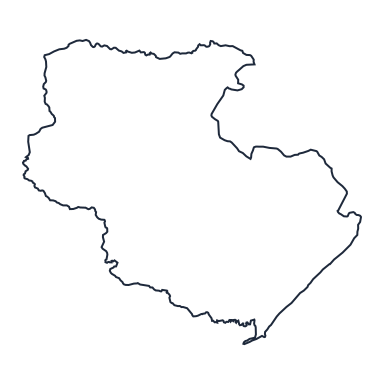 the district of Liúpo, Nampula, Mozambique
{"feature_id": "85939544B62807674730552", "entity_name": "Liúpo", "entity_type": "district", "adm_level": 2, "iso_a3": "MOZ", "parent_name": "Mozambique", "parent_adm1": "Nampula", "projection": "albers", "projection_center": [40.01, -15.693], "detail": "fine", "context": "isolated", "style": "outline", "palette": "slate", "viewbox_px": 384, "rotation_deg": 0, "n_neighbors": 0, "source": "geoboundaries", "source_scale": "gbopen_adm2", "svg_char_len": 5854}
<svg xmlns="http://www.w3.org/2000/svg" viewBox="0 0 384 384"><path d="M254.6,325.3L255.4,326.0L255.7,327.3L255.9,334.5L255.1,337.3L254.0,337.9L249.6,338.9L247.1,340.6L245.4,341.0L243.9,342.3L243.4,343.8L244.3,344.1L249.7,341.9L252.2,340.5L256.4,339.0L262.0,335.9L264.2,337.1L265.0,336.9L265.4,335.7L264.9,334.0L265.1,331.9L267.3,329.5L269.2,326.5L271.0,325.0L276.7,316.6L279.4,313.5L286.5,306.9L291.5,303.0L300.1,293.0L303.8,290.6L307.5,287.0L308.2,285.1L310.5,282.9L313.1,279.2L320.4,272.4L322.8,269.5L329.6,264.0L330.0,264.1L334.1,259.5L342.6,252.6L350.5,244.7L354.2,238.2L357.3,235.0L357.4,231.8L358.2,228.6L358.1,224.8L360.1,222.0L361.0,217.0L360.2,215.8L358.6,215.1L356.6,214.9L355.3,213.9L354.7,212.8L353.3,212.1L349.7,212.8L348.9,213.4L347.7,216.2L347.0,216.5L343.9,216.3L341.0,214.3L339.2,213.4L337.9,211.9L337.6,210.9L338.2,210.5L346.9,193.7L346.8,191.5L344.8,188.7L342.4,186.1L337.6,182.2L333.5,177.4L332.6,175.4L331.6,171.4L331.6,168.5L330.3,167.8L325.6,163.5L324.1,159.3L321.6,156.9L319.3,155.5L317.2,151.7L316.4,151.1L310.7,149.7L308.4,150.9L303.1,152.7L299.8,153.4L298.8,153.8L298.1,154.7L294.7,154.9L290.6,156.6L286.4,156.6L284.1,155.4L281.0,151.7L277.6,148.9L276.3,148.5L269.4,147.9L263.3,146.7L255.9,146.6L254.1,147.2L253.7,147.9L253.0,150.3L251.4,153.9L251.1,157.5L250.5,158.9L246.4,156.4L242.8,153.0L239.0,151.2L237.1,148.3L231.7,142.5L230.1,141.4L227.5,141.2L224.6,140.2L220.1,137.6L218.9,134.3L218.2,121.7L217.8,120.9L215.0,119.2L212.0,116.8L211.4,115.6L211.6,114.0L217.3,104.1L223.3,95.5L224.8,89.9L226.6,88.1L227.6,87.4L229.1,88.6L230.5,88.9L231.2,89.4L237.5,90.4L241.7,89.2L243.6,87.3L243.6,85.6L241.9,84.4L238.1,83.3L238.2,79.7L235.6,75.7L235.4,74.5L236.0,72.8L236.9,71.8L243.4,66.1L246.4,64.8L254.5,64.4L253.6,61.9L253.7,59.6L251.2,55.8L250.0,55.1L246.4,54.9L243.1,53.0L242.3,50.8L240.5,50.3L232.7,46.1L229.7,46.2L225.6,45.3L220.8,46.1L218.7,45.2L216.7,43.4L214.3,43.5L213.7,42.2L212.7,41.3L210.7,41.0L210.1,42.6L210.2,44.3L209.4,45.9L208.7,46.4L206.9,46.8L206.1,46.6L204.7,45.4L203.9,45.2L200.8,45.3L199.6,44.2L198.2,45.5L198.1,46.7L196.0,49.5L195.9,50.1L195.1,50.7L193.4,50.9L192.2,51.9L192.3,52.8L191.5,53.3L189.5,52.6L188.0,52.6L186.1,53.4L182.1,53.4L180.2,53.8L178.4,52.6L174.5,52.3L172.6,53.5L170.1,56.6L169.0,57.2L165.8,58.3L159.7,58.9L156.1,57.2L155.7,55.7L153.8,53.9L151.6,53.5L150.6,52.5L149.8,53.2L150.1,53.8L149.7,54.6L147.9,54.6L146.3,55.4L145.3,54.7L144.8,52.7L143.9,52.1L140.8,52.4L139.4,50.6L134.9,52.5L131.8,52.8L127.7,51.5L126.7,50.7L126.1,51.0L126.1,52.4L123.5,52.9L121.6,51.4L118.9,50.6L115.7,47.8L114.0,47.7L111.4,49.3L110.1,49.1L107.0,46.0L104.3,45.4L102.1,46.6L100.7,46.3L98.7,44.1L97.6,43.5L96.9,43.5L95.8,44.4L94.9,46.4L93.8,47.1L92.8,46.9L91.0,45.1L90.1,42.7L89.0,41.1L86.1,39.9L82.6,41.0L79.8,40.4L76.6,40.8L69.7,43.8L68.6,44.7L68.5,46.0L66.6,47.8L64.2,48.7L59.3,49.3L54.1,51.4L49.1,54.1L44.7,55.2L44.2,57.0L45.4,59.3L46.0,61.5L46.3,67.0L44.6,73.2L44.5,75.6L45.4,77.4L46.2,80.8L45.8,82.1L43.8,84.1L43.2,86.6L43.6,88.5L45.6,89.4L46.2,90.2L46.6,91.9L46.5,92.8L44.3,95.7L44.9,97.9L44.7,101.7L45.6,103.9L47.0,104.5L48.6,106.3L49.3,107.5L49.5,111.0L50.3,111.6L51.8,114.0L53.3,115.3L53.9,116.0L54.1,117.1L55.0,118.1L55.1,121.7L52.6,125.0L42.3,127.7L40.6,128.9L39.1,131.7L35.8,133.8L33.7,134.7L29.6,135.1L28.5,135.9L28.2,141.7L29.8,152.2L28.7,155.0L26.0,157.1L27.9,157.9L28.1,158.8L26.3,159.4L25.7,160.6L24.0,160.9L23.7,161.9L23.0,162.4L23.2,163.6L23.8,164.5L24.6,165.0L25.1,165.7L26.3,166.3L28.1,168.8L27.8,169.8L25.6,171.3L25.0,173.5L23.8,174.3L23.6,175.1L24.5,176.6L24.3,177.8L24.8,178.4L27.5,179.2L29.2,180.5L31.0,180.7L32.4,181.4L32.8,182.6L33.9,183.2L34.9,184.2L34.4,185.9L35.0,187.4L37.8,188.6L38.8,190.4L40.8,190.8L42.1,190.4L43.4,190.8L44.9,193.1L45.9,196.0L47.1,196.6L48.7,198.0L50.1,200.3L53.1,200.4L55.6,201.2L56.9,202.5L58.7,203.0L60.2,204.2L63.1,205.4L66.8,205.4L69.0,206.7L69.9,209.1L73.2,209.0L76.7,207.9L78.2,207.0L80.4,207.5L85.6,207.7L88.3,209.2L89.7,208.9L91.7,207.4L93.8,207.8L95.0,209.4L95.4,211.3L96.1,212.1L95.7,214.9L97.2,217.3L98.7,218.7L101.2,219.6L104.3,219.8L104.7,220.2L105.0,221.5L104.4,222.7L105.2,226.4L105.6,227.4L106.9,228.0L107.2,228.6L107.3,231.7L106.1,233.1L103.0,235.0L102.9,237.1L104.1,241.7L101.6,247.1L102.6,248.7L106.2,251.2L107.1,252.8L107.4,254.6L106.5,259.4L105.6,259.8L105.3,260.7L105.6,261.5L105.5,262.2L107.0,262.8L108.0,262.1L109.0,261.9L109.6,262.3L111.6,262.4L111.5,260.9L112.2,260.7L113.3,261.3L114.5,260.4L117.5,262.7L116.1,266.4L114.2,266.5L113.5,267.5L110.3,269.0L109.8,270.8L110.8,272.8L111.8,273.8L115.1,275.8L116.0,277.0L119.1,278.2L120.5,280.3L122.5,282.1L123.1,283.5L124.0,284.4L125.6,284.9L128.6,285.0L133.9,283.6L137.3,283.4L137.8,283.1L140.1,284.5L149.0,285.9L150.2,287.4L152.5,287.5L154.1,289.4L155.7,290.4L159.1,290.7L160.4,291.3L161.4,291.3L162.2,289.9L166.9,290.6L167.3,291.1L166.6,292.4L166.8,292.8L167.6,292.8L168.1,293.3L169.4,294.6L170.1,296.1L169.4,297.7L170.4,302.0L170.8,302.4L171.8,303.1L172.5,303.1L174.4,305.2L178.0,306.1L179.8,306.0L181.5,307.1L183.0,307.0L187.1,308.2L192.0,314.1L192.4,315.4L193.3,316.4L196.0,316.2L197.9,315.7L201.4,314.0L202.6,314.1L203.0,313.7L205.0,313.5L206.1,312.3L207.1,312.2L208.2,312.8L208.8,314.5L211.5,318.2L212.1,320.9L213.1,320.7L214.7,322.3L215.6,322.1L217.2,322.6L216.9,321.2L217.1,320.4L218.7,321.1L222.7,320.3L223.5,321.0L223.9,322.3L225.3,322.8L226.4,321.8L228.4,321.9L229.4,320.1L230.3,320.5L230.7,321.5L231.1,321.0L230.9,320.0L231.8,320.0L233.3,321.2L233.6,320.8L233.5,320.0L235.1,319.8L236.0,320.4L235.6,322.2L236.1,322.7L236.7,321.2L237.0,321.0L237.5,321.6L237.8,321.5L238.4,320.9L239.2,324.3L239.9,325.2L241.2,325.0L242.9,323.4L243.3,323.5L243.2,325.2L243.5,325.8L244.1,326.2L245.4,326.3L246.4,325.7L246.7,325.2L246.1,323.5L246.5,322.5L247.4,322.4L248.9,324.4L250.1,324.3L250.9,320.6L254.3,319.6L254.5,320.2L254.1,323.6L254.6,325.3Z" fill="none" stroke="#1e293b" stroke-width="2"/></svg>